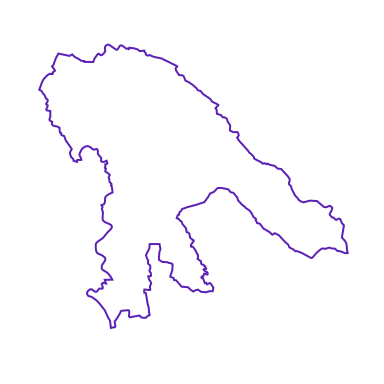 outline of Nho Quan, Ninh Bình, Vietnam, rotated 184°
{"feature_id": "81297802B37600217906847", "entity_name": "Nho Quan", "entity_type": "district", "adm_level": 2, "iso_a3": "VNM", "parent_name": "Vietnam", "parent_adm1": "Ninh Bình", "projection": "orthographic", "projection_center": [105.744, 20.312], "detail": "fine", "context": "isolated", "style": "outline", "palette": "violet", "viewbox_px": 384, "rotation_deg": 184, "n_neighbors": 0, "source": "geoboundaries", "source_scale": "gbopen_adm2", "svg_char_len": 6036}
<svg xmlns="http://www.w3.org/2000/svg" viewBox="0 0 384 384"><g transform="rotate(184 192 192)"><path d="M289.7,83.7L289.2,82.2L288.2,81.1L284.8,80.4L279.6,77.1L277.7,75.5L271.5,68.8L270.3,67.2L267.3,61.5L264.8,57.8L263.4,50.7L261.1,51.5L259.5,51.7L259.3,52.1L259.1,53.1L260.2,57.4L258.6,59.7L255.3,66.0L254.7,68.1L253.9,68.6L247.2,69.7L246.7,69.4L246.4,69.0L246.1,66.1L246.3,63.8L245.4,62.7L235.7,65.1L233.8,63.3L231.2,63.1L229.3,63.4L227.2,65.5L225.6,66.3L226.5,69.0L227.1,73.7L228.4,77.1L230.9,87.8L232.6,88.3L232.8,88.8L232.7,91.4L227.3,91.3L226.8,91.6L227.4,95.1L226.3,98.0L227.4,100.2L228.6,101.5L229.8,104.8L227.2,105.3L227.1,105.7L227.5,108.6L228.6,109.7L229.0,111.0L228.3,112.5L228.4,115.0L229.1,116.3L230.9,117.4L231.0,120.5L232.6,123.4L233.4,125.7L233.3,126.6L230.6,132.7L230.6,137.1L220.8,137.8L219.5,132.9L220.5,129.0L220.3,127.7L220.5,124.4L220.2,122.0L216.8,120.2L211.4,120.2L210.6,119.7L208.1,119.5L206.3,118.5L206.2,112.4L207.7,106.9L207.7,105.9L204.3,104.9L203.8,102.9L201.7,102.8L195.7,96.8L189.3,96.7L186.6,94.4L183.8,92.8L181.6,94.2L179.3,95.0L175.7,93.0L170.8,93.0L167.6,94.3L164.5,94.4L164.0,98.1L166.6,101.5L167.3,102.2L168.1,102.4L170.5,100.9L171.4,102.4L172.8,101.9L175.2,107.1L176.1,106.9L176.6,107.2L176.5,108.2L174.7,109.2L174.2,111.4L173.5,111.5L172.1,110.8L171.2,110.7L170.6,111.3L170.7,112.2L171.4,113.1L173.6,114.0L175.0,115.3L174.8,115.9L172.5,116.3L172.5,116.7L173.2,117.2L173.5,118.8L174.6,119.0L175.4,120.2L177.3,120.5L177.9,121.4L178.2,123.5L181.8,125.7L181.4,127.3L181.8,130.1L182.7,130.8L184.6,134.2L186.9,137.0L187.5,137.5L188.9,137.3L189.3,137.9L189.3,139.3L186.9,143.1L187.0,143.9L188.4,144.3L189.1,145.4L190.5,145.9L190.9,146.9L191.6,150.1L192.8,151.3L194.2,151.4L194.5,151.7L195.6,155.6L199.3,159.4L200.3,161.8L202.1,162.8L203.7,164.4L205.4,164.8L204.6,167.9L203.3,168.5L203.2,170.7L201.6,172.4L200.7,174.3L195.2,176.7L186.9,179.5L178.9,182.8L175.2,188.8L174.0,191.6L170.0,193.8L167.2,197.3L166.3,197.8L163.0,198.1L156.1,197.2L153.5,194.5L150.7,194.1L146.5,189.7L145.5,186.9L141.3,182.9L137.9,180.6L136.9,179.5L134.1,178.1L132.6,176.8L131.1,175.1L129.0,171.4L126.2,169.5L126.5,168.1L125.7,167.3L124.9,165.5L122.8,165.3L121.6,164.6L118.3,160.6L111.8,157.4L109.1,155.1L108.5,155.1L107.3,156.3L106.4,156.6L102.3,154.9L95.0,148.1L92.7,146.5L91.8,145.3L91.1,143.6L86.8,141.7L84.7,140.1L83.0,140.3L78.8,139.1L68.6,134.5L67.3,134.9L63.5,140.0L59.6,143.8L58.0,144.8L55.2,144.6L51.1,146.1L48.3,145.4L45.4,145.5L43.1,143.5L38.9,143.0L35.3,141.7L32.5,141.9L33.1,144.0L34.2,150.7L34.9,152.3L36.6,154.5L39.3,157.0L38.1,169.3L40.2,171.3L42.2,175.1L42.9,175.7L44.1,175.6L45.9,174.3L46.3,174.3L47.1,174.6L49.1,176.4L50.5,176.4L52.5,178.3L53.1,179.2L52.9,180.4L51.8,182.3L50.9,185.8L52.5,187.4L53.8,187.8L57.1,186.1L59.4,186.3L66.7,191.7L73.8,191.6L79.9,189.5L82.0,189.9L84.7,191.3L86.5,193.6L88.8,195.5L92.7,201.9L93.8,204.9L95.7,206.4L95.9,207.8L95.4,210.2L95.4,211.7L97.8,214.7L104.7,221.2L108.2,221.3L111.3,223.8L116.8,224.7L118.2,225.6L119.6,224.9L121.4,225.8L123.5,225.2L125.5,226.7L131.7,229.3L132.4,230.0L132.8,231.3L134.7,233.2L137.9,235.6L139.1,237.2L148.5,246.3L150.8,249.4L149.9,250.3L149.3,252.0L150.2,254.2L151.2,255.0L154.8,254.5L158.5,256.0L158.5,260.8L159.6,262.7L160.8,263.8L162.5,267.6L164.8,268.8L166.2,268.6L167.2,269.2L168.3,270.7L172.6,271.7L173.2,275.7L174.4,277.3L171.8,280.3L171.8,280.8L178.3,283.6L179.9,285.6L181.7,287.0L187.4,290.2L190.7,293.5L193.2,293.8L194.5,295.6L198.3,298.6L202.6,301.2L206.3,302.6L208.3,306.8L208.9,307.4L210.6,307.8L213.1,307.8L216.3,312.0L216.9,313.5L216.7,314.7L215.5,316.1L215.9,316.6L231.7,323.1L239.4,324.1L244.0,325.7L245.3,325.0L246.1,325.0L247.6,325.9L247.9,327.5L249.0,328.3L249.4,329.7L254.0,328.9L254.8,329.3L255.8,330.3L259.2,331.2L264.5,331.6L264.6,330.5L265.1,330.0L266.3,330.7L267.5,330.3L271.3,332.9L272.6,333.3L273.4,333.3L274.2,332.7L275.9,329.5L277.0,328.6L278.0,328.9L284.5,332.8L285.8,333.2L286.5,333.1L288.2,331.9L288.7,331.1L289.0,329.6L288.4,327.0L288.7,325.5L290.7,322.9L292.0,322.1L293.1,322.3L294.4,323.4L295.5,323.2L298.5,318.4L299.6,314.8L307.8,314.3L308.5,314.3L308.6,315.1L311.6,315.1L314.3,316.8L318.5,318.6L321.1,320.9L323.7,319.2L334.9,320.8L337.0,316.4L339.3,308.6L340.4,307.5L338.3,305.2L337.1,303.4L339.4,301.5L339.1,300.2L339.6,299.9L341.9,300.0L342.8,299.6L344.4,298.4L347.2,295.1L348.1,293.8L349.3,290.9L351.5,283.3L349.3,282.4L347.5,279.9L345.9,278.4L344.2,275.2L342.4,273.9L342.3,272.2L343.7,269.7L343.4,269.1L342.0,268.4L341.9,267.9L343.2,264.0L342.5,263.3L339.0,262.9L338.6,256.9L339.3,254.8L339.1,253.8L338.1,252.9L336.4,252.4L336.5,249.9L335.5,248.8L334.0,248.3L330.4,247.8L328.5,246.6L328.6,245.5L327.7,241.9L326.7,241.7L326.1,239.6L323.5,239.0L321.4,234.5L314.9,226.5L316.2,223.9L316.4,221.6L314.9,218.2L313.7,217.5L312.7,216.4L312.3,214.9L308.9,214.0L309.0,215.4L308.6,216.0L304.7,216.3L305.0,217.9L306.8,220.9L306.8,222.5L305.0,226.9L303.5,228.6L301.7,229.9L299.3,230.5L298.4,230.4L296.4,229.5L293.7,227.6L292.8,227.4L290.2,228.2L289.5,228.0L288.7,226.4L288.6,223.5L284.9,219.5L285.0,217.0L284.6,216.3L283.8,215.8L281.8,215.9L279.5,217.2L278.8,216.0L278.5,214.6L280.5,213.5L280.1,212.0L280.6,210.0L279.5,209.4L280.1,206.7L279.3,206.0L277.0,204.9L275.2,203.3L276.2,200.9L275.4,198.8L275.0,196.5L272.8,194.3L272.8,193.8L273.3,192.7L272.4,192.0L271.2,186.0L274.7,184.1L277.1,182.2L278.2,180.5L278.2,176.1L278.4,174.8L279.1,173.7L280.6,172.7L281.4,172.7L281.4,172.4L280.2,170.7L280.8,168.5L279.9,167.0L279.4,165.3L279.4,159.6L278.9,157.6L277.1,156.0L271.7,154.1L270.3,153.3L269.6,152.3L269.5,151.0L270.3,149.5L273.7,145.5L277.7,139.8L282.5,136.0L283.9,134.4L284.3,133.5L284.1,129.4L283.5,126.6L282.7,124.9L281.5,124.1L277.0,122.4L274.4,120.6L273.9,119.8L273.8,117.8L276.3,113.4L276.8,112.0L276.8,109.9L276.2,108.6L275.4,107.9L271.4,105.9L269.6,104.5L267.2,101.8L265.4,99.0L272.9,98.3L271.4,94.7L274.1,95.3L275.6,94.1L274.3,90.5L274.5,89.4L277.6,89.2L278.4,88.5L279.6,86.4L280.8,85.7L281.9,85.9L285.2,87.9L286.7,87.9L288.6,86.3L289.3,85.2L289.7,83.7Z" fill="none" stroke="#5b21b6" stroke-width="2"/></g></svg>